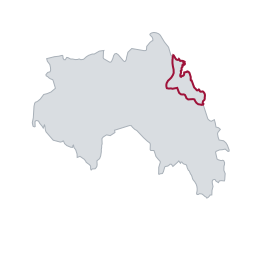 where Mandiana sits in Guinea, rotated 343°
{"feature_id": "GIN-5654", "entity_name": "Mandiana", "entity_type": "Prefecture", "adm_level": 1, "iso_a3": "GIN", "parent_name": "Guinea", "parent_adm1": "", "projection": "equal_earth", "projection_center": [-8.495, 10.8], "detail": "medium", "context": "in_parent", "style": "outline", "palette": "rose", "viewbox_px": 256, "rotation_deg": 343, "n_neighbors": 0, "source": "natural_earth", "source_scale": "10m", "svg_char_len": 5332}
<svg xmlns="http://www.w3.org/2000/svg" viewBox="0 0 256 256"><g transform="rotate(343 128 128)"><path d="M154.3,176.0L152.4,175.7L151.6,176.2L149.1,180.1L147.6,181.6L145.3,181.2L144.4,181.4L143.8,181.0L144.6,178.8L145.9,174.6L148.9,170.2L149.0,169.3L147.8,166.8L146.4,163.4L146.4,159.7L146.2,157.1L143.5,156.3L143.0,155.9L142.9,155.0L144.5,150.4L144.6,149.5L144.4,148.6L142.7,146.3L140.1,141.9L135.7,133.0L134.0,131.2L132.4,128.4L131.8,126.7L130.1,126.1L114.5,126.2L114.2,128.5L108.8,130.1L105.5,128.3L101.8,129.3L100.0,130.5L98.6,135.7L97.8,136.8L97.0,139.2L96.3,140.4L95.5,143.0L93.7,146.7L91.9,149.0L88.7,150.3L87.7,154.2L87.0,155.6L85.8,156.7L84.5,157.4L81.9,156.7L80.5,157.4L80.3,156.4L81.1,153.4L80.4,151.8L78.0,148.6L77.8,147.1L77.0,145.1L73.8,141.1L70.8,141.3L71.7,137.9L71.6,133.4L70.6,130.9L70.9,128.4L70.3,128.5L69.3,130.3L67.7,129.7L64.4,127.0L62.8,124.4L62.6,122.2L62.2,121.3L61.2,121.8L59.2,121.7L52.9,117.8L48.5,107.8L48.4,105.6L49.1,101.7L48.9,100.7L46.9,103.3L46.5,101.5L44.9,97.6L44.5,95.3L43.0,94.2L41.8,94.1L40.9,94.8L39.6,99.5L38.7,99.5L37.7,98.5L38.0,95.0L40.4,90.6L44.5,79.7L46.0,77.1L46.9,76.3L48.8,76.2L52.6,74.7L57.2,71.3L60.7,71.5L64.8,71.1L70.2,68.8L70.3,61.4L70.1,59.8L68.2,58.3L67.1,57.0L66.2,55.4L65.0,54.2L65.1,53.0L67.5,51.4L69.7,51.5L70.4,50.9L71.0,49.8L71.6,47.2L71.8,44.4L70.4,40.6L70.5,37.9L78.4,38.3L82.7,39.1L86.3,39.3L86.8,39.9L86.3,42.5L86.8,44.0L88.0,44.4L90.0,42.6L91.0,43.0L93.2,45.2L95.3,45.9L97.5,47.1L99.6,47.7L101.5,47.7L102.9,48.9L105.6,49.3L109.0,47.7L111.6,47.0L115.4,46.8L117.4,47.4L123.1,46.1L127.6,46.8L126.9,47.7L124.8,53.6L125.0,54.6L129.6,59.6L130.7,60.0L131.9,59.3L133.9,57.0L135.5,54.5L137.0,53.3L138.7,53.3L140.1,55.1L143.3,62.5L144.1,63.4L144.9,63.4L146.4,62.0L147.1,60.4L150.1,55.5L154.8,53.1L165.9,58.7L167.5,59.1L168.5,58.7L169.8,55.4L174.0,52.6L176.0,51.8L177.2,51.7L177.6,50.8L177.8,49.5L177.6,48.1L176.3,45.6L176.3,44.8L177.0,44.3L178.6,44.0L180.7,44.2L183.0,45.3L184.9,46.9L186.0,48.7L188.0,56.5L190.4,62.6L190.3,70.8L191.3,71.7L192.4,72.0L193.0,72.7L194.1,76.1L195.2,77.0L196.5,77.3L198.9,79.4L200.4,80.3L200.6,80.9L200.6,81.8L200.0,83.0L197.6,85.2L196.5,87.2L194.1,91.8L194.1,92.7L194.6,93.3L195.5,93.4L196.6,93.1L198.8,91.4L200.5,92.0L202.1,93.3L202.7,94.7L202.9,96.4L202.5,98.7L202.4,101.3L203.0,105.6L203.9,110.0L204.7,111.5L210.2,115.4L210.7,116.8L211.0,118.4L210.6,120.6L210.1,121.9L207.0,125.3L206.6,126.9L206.8,129.9L207.0,142.6L208.2,144.8L209.6,145.9L213.0,145.3L212.9,148.8L212.4,152.8L214.4,154.0L215.3,155.2L215.9,156.3L212.8,158.4L211.9,159.7L211.5,163.0L211.6,166.1L215.7,168.2L217.3,170.8L218.0,173.5L218.3,178.5L217.9,179.7L216.8,179.7L214.8,176.6L211.6,176.3L209.2,175.7L205.3,176.1L204.6,177.0L204.1,183.7L205.1,184.8L207.0,186.1L208.2,186.6L209.2,186.5L210.0,187.3L210.2,189.5L209.6,191.1L208.6,192.6L207.3,196.5L207.6,200.0L205.4,205.7L204.7,206.8L201.8,205.6L199.9,205.3L198.5,206.7L196.6,204.5L196.2,202.8L195.5,202.4L194.2,202.4L193.0,203.4L192.5,205.2L192.2,208.8L190.1,212.2L188.6,216.5L186.8,216.1L186.4,216.6L184.6,217.7L182.9,218.1L182.5,216.9L181.6,216.0L180.5,214.2L179.4,212.7L177.1,211.7L176.2,212.1L175.1,212.0L174.4,211.4L174.5,210.5L175.7,208.3L176.4,206.3L176.8,204.0L176.8,201.9L176.1,198.9L175.1,196.5L174.9,195.1L175.0,193.2L174.8,191.3L174.4,190.4L174.0,186.9L173.4,186.3L173.0,183.5L173.1,180.6L172.2,179.6L170.9,178.8L170.1,177.7L169.6,176.4L169.1,176.1L168.6,176.1L168.2,176.9L167.8,177.1L167.0,174.4L166.7,174.3L166.1,174.9L159.7,177.9L158.9,175.4L157.7,174.9L155.6,175.9L154.3,176.0Z" fill="#d9dde1" stroke="#a8b0b8" stroke-width="1"/><path d="M210.6,120.6L210.2,121.4L210.0,122.3L209.5,123.2L209.0,123.6L207.7,124.2L207.3,124.8L206.8,125.7L206.5,126.5L206.7,126.8L207.1,127.0L207.0,127.3L206.7,127.6L205.2,127.4L204.0,126.7L202.1,125.8L200.8,124.0L200.1,121.8L199.9,120.1L198.7,119.4L196.3,118.8L193.9,118.3L192.6,116.6L192.5,115.0L192.1,113.0L191.2,112.2L189.4,111.7L188.4,111.2L187.2,109.4L187.0,107.5L186.8,104.0L182.0,103.5L180.7,102.7L178.5,102.2L176.8,101.3L176.8,99.9L177.0,98.8L177.5,97.4L178.2,96.3L180.1,94.5L182.2,93.5L184.2,92.4L186.5,90.4L187.8,88.7L188.7,85.4L189.0,81.9L189.5,78.9L190.5,75.7L191.1,74.6L191.3,73.7L191.6,72.9L192.1,72.5L192.6,71.6L192.9,71.9L193.5,74.3L193.6,74.9L193.8,75.6L194.3,76.7L195.6,77.5L196.3,77.5L196.9,76.9L197.1,77.3L197.3,78.6L197.5,79.1L197.8,79.2L198.4,79.2L199.9,79.8L200.6,80.3L201.2,80.9L200.7,81.1L200.2,81.4L199.9,81.8L200.1,82.3L200.6,82.4L201.0,82.3L201.3,82.5L201.2,83.3L200.9,83.7L200.4,83.9L199.9,84.0L198.6,83.6L198.3,83.9L198.1,84.6L198.2,85.1L198.2,85.3L197.8,85.5L196.9,86.1L196.6,86.6L196.4,87.8L196.2,88.3L196.0,88.5L195.5,88.5L195.3,88.6L195.1,89.0L195.1,90.0L194.9,90.7L193.7,92.2L193.3,93.1L193.2,93.7L193.3,94.2L193.7,94.6L194.1,94.4L194.5,94.1L195.0,94.1L195.9,94.2L196.7,93.9L197.1,93.5L197.4,93.0L198.0,91.3L198.4,91.3L198.9,91.5L199.7,91.4L200.3,91.6L200.6,91.6L201.0,91.2L201.3,91.2L201.9,91.6L202.4,92.2L202.8,93.0L202.9,93.7L202.9,97.1L202.9,97.7L202.6,98.3L202.1,100.1L202.0,100.8L202.7,101.1L202.8,101.7L203.1,108.3L203.4,109.1L204.2,110.5L204.8,112.0L205.2,112.3L205.8,112.3L206.3,112.2L206.9,111.8L207.1,111.9L207.3,112.4L207.4,112.8L207.4,113.7L207.6,114.1L208.0,114.5L208.7,114.7L210.0,114.8L210.5,115.2L210.8,115.9L211.1,116.7L211.3,117.4L211.3,118.3L211.2,119.1L210.6,120.6Z" fill="none" stroke="#9f1239" stroke-width="2"/></g></svg>